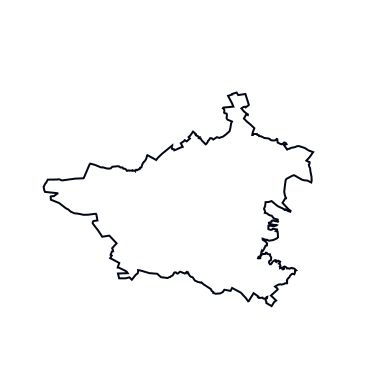 outline of Nusfalau, Salaj, Romania, rotated 31°
{"feature_id": "2599482B13357577818513", "entity_name": "Nusfalau", "entity_type": "district", "adm_level": 2, "iso_a3": "ROU", "parent_name": "Romania", "parent_adm1": "Salaj", "projection": "equal_earth", "projection_center": [22.717, 47.205], "detail": "fine", "context": "isolated", "style": "outline", "palette": "ink", "viewbox_px": 384, "rotation_deg": 31, "n_neighbors": 0, "source": "geoboundaries", "source_scale": "gbopen_adm2", "svg_char_len": 6110}
<svg xmlns="http://www.w3.org/2000/svg" viewBox="0 0 384 384"><g transform="rotate(31 192 192)"><path d="M174.0,303.5L179.6,300.2L182.3,297.4L185.6,298.2L186.4,292.0L187.3,289.8L186.9,288.2L186.0,286.7L188.6,285.7L197.3,283.5L204.3,280.0L209.3,281.0L215.5,278.2L216.4,276.6L217.1,276.1L217.3,275.2L218.4,273.4L218.5,272.1L218.2,271.3L218.4,270.2L218.7,269.7L219.7,269.2L220.7,269.6L221.8,269.3L222.7,266.6L223.0,266.4L227.8,265.6L228.6,263.4L229.6,264.0L229.8,263.0L233.2,265.0L234.5,265.2L236.6,264.8L240.0,266.4L243.1,266.1L246.9,265.0L246.8,264.7L247.1,264.7L249.4,265.2L257.9,265.5L258.6,265.7L259.6,266.6L261.9,266.8L262.2,267.6L264.8,267.0L268.5,264.3L269.9,261.9L270.1,259.1L276.0,256.9L275.8,253.6L285.7,253.1L292.9,255.2L297.2,257.1L296.8,256.6L296.9,247.0L302.6,247.4L302.6,248.1L303.7,248.4L305.4,247.4L306.9,246.2L307.6,246.6L308.7,246.4L310.1,245.0L310.1,243.5L310.5,243.1L311.0,244.5L310.3,246.0L311.1,247.1L312.3,247.8L312.9,248.9L319.0,248.8L319.1,243.9L320.0,241.7L313.0,240.1L315.7,231.4L314.7,230.7L311.9,230.3L313.8,226.8L315.7,225.4L316.5,225.2L318.1,223.6L318.6,222.5L320.5,221.3L320.4,220.8L319.1,219.4L319.1,218.7L318.8,218.5L318.7,217.5L319.3,214.8L319.2,213.1L319.8,210.9L320.3,210.3L322.1,209.8L321.8,208.3L320.9,206.5L321.7,205.5L319.2,205.0L317.9,205.3L317.3,205.8L316.7,205.6L316.1,206.0L315.0,207.6L313.5,207.9L312.9,208.6L311.5,208.0L309.7,208.2L309.1,209.0L310.5,210.4L310.0,211.4L309.5,211.5L309.4,210.7L308.6,210.4L308.3,210.7L308.5,211.1L307.9,211.0L307.2,211.2L306.7,211.8L306.5,211.3L305.7,210.8L306.1,210.2L305.5,209.4L304.0,208.4L303.3,208.6L303.3,208.3L303.6,208.1L303.7,207.5L303.4,206.3L301.2,206.5L300.4,208.6L299.6,208.5L299.4,207.8L298.9,207.3L298.1,207.9L297.0,210.3L297.0,212.6L296.8,213.4L296.0,213.8L294.6,213.0L294.0,212.3L293.9,211.1L294.7,209.6L293.7,207.4L291.8,206.4L291.0,205.3L288.9,206.2L287.6,205.7L286.6,205.9L286.5,206.3L287.0,207.0L286.8,207.3L284.8,208.6L283.8,210.5L284.1,212.7L284.6,213.6L283.3,214.6L282.7,214.8L282.4,213.4L282.8,212.8L283.4,212.4L283.5,211.5L283.1,209.2L282.3,207.5L282.2,206.8L282.7,207.2L283.0,206.7L283.1,203.2L282.8,202.2L283.0,200.7L282.7,200.3L283.0,199.7L283.7,199.2L283.0,197.6L282.3,197.1L280.5,196.6L277.5,196.5L277.1,196.4L276.6,195.6L280.4,194.9L280.6,194.4L283.0,194.1L283.6,193.7L286.0,191.7L287.1,190.4L288.7,187.9L289.0,186.4L286.0,182.1L284.1,182.3L284.3,181.9L284.9,181.2L284.2,180.3L280.1,182.0L279.8,183.3L278.8,184.0L277.4,184.4L276.5,184.4L274.9,181.6L277.3,180.2L279.9,179.3L280.8,178.0L281.6,177.3L281.8,176.7L281.2,176.8L279.5,177.9L274.4,179.5L273.7,178.7L274.8,177.7L275.5,176.6L275.5,175.9L275.2,175.6L275.7,174.9L278.4,174.0L278.9,174.0L279.6,173.5L280.9,173.3L281.0,173.0L280.0,172.3L279.7,171.5L275.8,172.5L272.5,171.3L270.7,171.9L269.4,172.0L267.3,171.7L265.2,172.4L265.0,171.3L262.4,169.3L261.9,166.4L260.3,162.8L262.8,161.1L264.9,158.8L272.7,160.0L278.4,159.4L280.8,159.6L281.1,159.4L281.0,158.8L284.3,158.8L286.4,158.3L286.2,157.4L283.5,157.1L275.2,154.7L275.2,149.5L275.8,149.2L275.8,148.7L275.0,148.4L273.1,146.8L270.8,144.1L266.7,134.9L266.1,133.1L266.3,131.9L267.1,130.6L269.6,126.4L270.9,125.0L279.7,124.8L282.1,124.2L284.9,122.8L289.3,122.4L288.7,120.6L286.6,117.4L282.5,112.9L281.0,110.8L279.5,109.9L278.1,108.5L278.2,107.2L277.3,105.8L276.2,106.1L273.9,106.2L274.9,101.4L275.3,95.4L270.8,96.3L265.9,96.2L259.9,97.6L258.3,98.8L257.1,100.6L254.3,103.0L253.7,103.7L253.4,104.7L252.1,105.6L251.7,106.6L246.8,104.5L248.4,102.3L247.1,101.7L245.6,102.0L245.4,102.9L244.3,104.9L243.5,105.2L239.9,105.5L237.9,102.8L237.2,103.0L237.4,104.0L236.1,105.4L233.9,106.6L232.3,106.9L231.4,106.5L229.5,106.9L226.3,108.4L222.5,108.7L220.7,109.5L220.0,108.9L218.4,109.4L217.7,108.8L214.8,110.8L214.9,111.8L214.3,112.1L213.3,109.3L212.6,105.2L207.1,104.0L202.4,103.3L198.7,102.3L198.5,97.6L200.2,97.3L200.0,96.7L197.6,96.6L194.7,96.1L191.3,94.9L192.2,92.9L193.1,91.9L193.6,91.5L194.4,91.8L195.9,88.4L195.7,87.9L187.3,80.5L181.7,85.1L179.0,83.8L175.8,87.4L176.2,87.8L173.4,91.0L180.5,95.3L183.5,97.5L175.4,103.5L175.4,104.3L176.0,104.2L177.7,105.3L178.7,107.5L179.4,107.6L181.3,107.0L181.9,107.5L182.4,108.2L183.5,110.7L184.1,111.3L185.2,111.7L190.0,111.0L190.2,113.1L191.8,117.0L192.9,120.6L191.5,125.0L190.1,128.5L187.5,131.6L185.1,132.2L183.2,136.1L181.2,135.8L179.8,136.5L179.8,138.7L179.4,140.0L179.7,141.2L179.6,142.4L179.5,143.4L179.2,144.1L173.9,142.8L171.8,141.6L170.6,142.3L170.0,142.3L170.1,141.2L169.3,141.6L168.3,141.1L166.2,141.4L165.4,141.0L165.5,140.4L161.8,139.7L161.3,145.8L161.0,145.9L160.8,146.7L162.6,147.3L161.4,151.3L159.1,151.3L158.8,152.9L157.3,156.0L160.8,158.1L159.0,160.2L156.6,163.8L156.0,164.6L155.6,164.7L155.3,165.3L154.6,164.7L153.5,165.0L153.0,165.4L152.5,165.1L151.0,163.4L151.2,162.5L151.1,162.3L146.7,174.5L145.2,179.9L144.8,183.0L134.8,183.4L134.7,183.8L135.5,186.4L135.7,187.9L135.6,189.4L135.5,190.4L135.2,190.9L135.3,191.3L135.0,192.7L135.9,197.0L135.0,197.9L135.4,198.8L135.0,199.1L134.9,199.8L134.6,199.9L133.8,201.5L132.8,201.7L132.9,202.3L132.3,202.9L132.4,203.2L131.9,203.0L131.4,203.7L130.5,203.9L130.1,204.4L129.7,204.1L129.1,204.9L127.6,205.6L127.3,206.0L126.4,206.2L125.5,207.3L125.1,207.4L124.3,206.8L122.9,206.6L122.3,206.7L121.3,207.4L119.7,206.8L118.1,207.8L116.5,207.6L115.0,208.2L110.7,211.4L110.1,213.6L109.1,214.5L106.9,215.7L102.7,216.8L102.0,217.5L100.5,217.9L94.6,218.8L89.4,220.3L89.8,220.3L90.1,220.8L90.1,222.0L91.6,232.4L92.0,235.8L91.8,236.2L85.0,240.7L74.9,248.8L74.1,249.2L72.4,249.3L71.0,249.9L70.1,250.7L62.0,255.7L62.2,259.1L61.9,260.3L62.2,264.0L64.4,266.5L66.0,267.6L78.0,262.0L77.2,263.0L75.8,266.6L73.3,268.4L73.2,268.7L75.0,271.3L83.7,269.9L92.3,270.9L95.0,270.7L98.1,271.3L101.9,270.9L106.1,269.0L110.8,267.4L114.6,265.0L119.8,260.9L121.0,260.2L121.5,260.4L125.6,265.1L122.6,267.5L122.4,268.0L122.4,268.7L123.0,270.0L124.6,270.7L131.5,273.4L138.1,276.6L143.6,272.0L153.8,274.8L152.5,281.3L153.9,282.3L154.4,283.1L154.9,283.5L154.0,284.4L154.6,287.8L156.0,287.8L155.9,290.8L166.2,290.3L167.2,295.0L168.7,294.5L175.2,293.9L177.2,294.0L178.7,294.7L170.5,300.0L174.0,303.5Z" fill="none" stroke="#020617" stroke-width="2"/></g></svg>